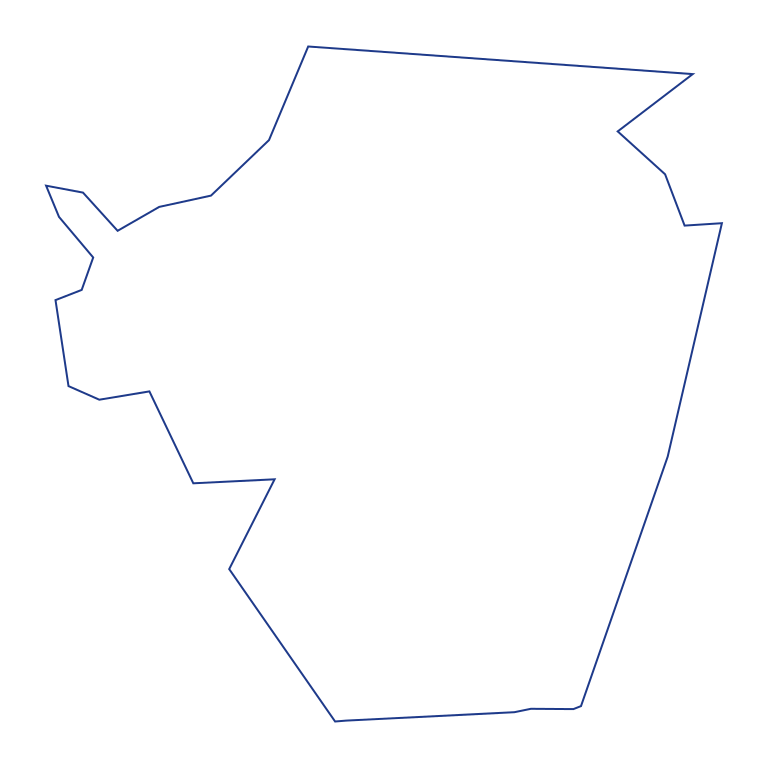 Cumberland, Kentucky, United States of America (Robinson projection)
{"feature_id": "52423323B62229431187562", "entity_name": "Cumberland", "entity_type": "district", "adm_level": 2, "iso_a3": "USA", "parent_name": "United States of America", "parent_adm1": "Kentucky", "projection": "robinson", "projection_center": [-85.438, 36.778], "detail": "fine", "context": "isolated", "style": "outline", "palette": "blue", "viewbox_px": 768, "rotation_deg": 0, "n_neighbors": 0, "source": "geoboundaries", "source_scale": "gbopen_adm2", "svg_char_len": 476}
<svg xmlns="http://www.w3.org/2000/svg" viewBox="0 0 768 768"><path d="M308.2,46.5L269.0,140.1L211.0,195.6L159.2,206.9L117.6,230.8L83.0,192.6L46.1,185.7L59.0,216.9L93.2,257.5L81.7,289.9L55.5,300.1L68.5,386.1L99.3,399.7L149.4,391.4L193.3,483.3L274.6,479.3L229.2,569.1L335.1,721.5L346.2,720.6L514.4,712.2L530.9,708.8L573.4,709.1L581.0,706.1L667.7,456.6L721.9,223.2L684.6,225.6L665.1,174.3L617.7,131.4L692.7,74.1L308.2,46.5Z" fill="none" stroke="#1e3a8a" stroke-width="2"/></svg>